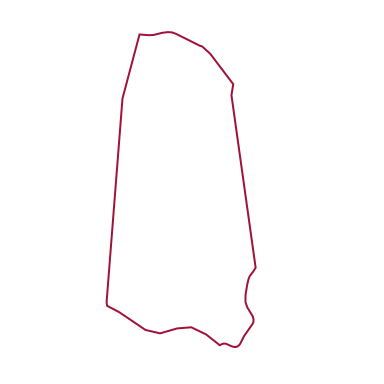 the Parish of Manchester, rotated 18°
{"feature_id": "JAM-1372", "entity_name": "Manchester", "entity_type": "Parish", "adm_level": 1, "iso_a3": "JAM", "parent_name": "Jamaica", "parent_adm1": "", "projection": "mercator", "projection_center": [-77.454, 18.04], "detail": "fine", "context": "isolated", "style": "outline", "palette": "rose", "viewbox_px": 384, "rotation_deg": 18, "n_neighbors": 0, "source": "natural_earth", "source_scale": "10m", "svg_char_len": 715}
<svg xmlns="http://www.w3.org/2000/svg" viewBox="0 0 384 384"><g transform="rotate(18 192 192)"><path d="M265.6,329.2L264.9,328.8L249.4,323.1L233.1,320.9L220.1,326.3L205.3,336.3L190.5,337.6L159.9,328.8L146.5,326.5L144.8,323.1L97.0,124.6L93.4,58.4L102.5,56.2L106.8,54.6L114.5,49.8L119.6,47.4L123.6,46.4L127.6,46.5L154.4,50.5L156.6,50.4L166.6,54.9L197.9,76.7L199.6,87.7L275.9,244.3L274.9,248.4L272.9,254.2L272.7,257.8L273.1,262.8L274.6,272.8L275.9,277.2L277.0,280.4L280.3,284.7L288.3,291.6L289.9,294.2L290.6,296.7L290.3,299.0L286.1,312.7L284.7,321.7L283.9,323.6L282.8,325.0L281.3,326.0L279.5,326.4L277.3,326.5L271.1,325.8L269.0,326.4L267.6,327.3L265.6,329.2Z" fill="none" stroke="#9f1239" stroke-width="2"/></g></svg>